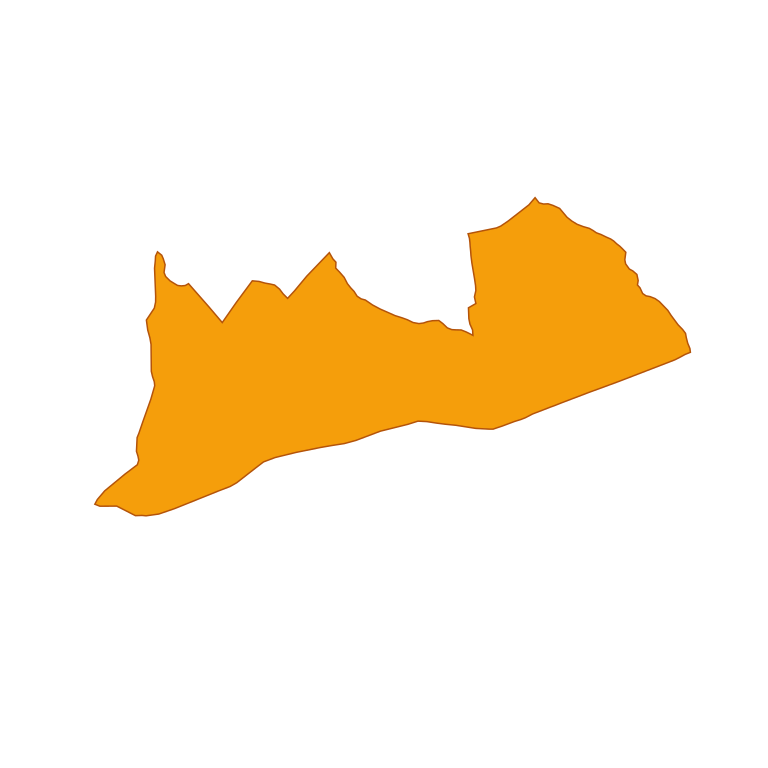 outline of Roysambu, Nairobi, Kenya, rotated 26°
{"feature_id": "3690345B88472168203612", "entity_name": "Roysambu", "entity_type": "district", "adm_level": 2, "iso_a3": "KEN", "parent_name": "Kenya", "parent_adm1": "Nairobi", "projection": "orthographic", "projection_center": [36.883, -1.208], "detail": "fine", "context": "isolated", "style": "filled", "palette": "amber", "viewbox_px": 768, "rotation_deg": 26, "n_neighbors": 0, "source": "geoboundaries", "source_scale": "gbopen_adm2", "svg_char_len": 2486}
<svg xmlns="http://www.w3.org/2000/svg" viewBox="0 0 768 768"><g transform="rotate(26 384 384)"><path d="M438.1,150.3L435.7,159.5L424.1,183.2L419.7,190.9L416.7,194.4L393.7,212.1L396.9,215.6L399.1,219.0L401.1,222.5L403.7,226.7L406.0,230.7L410.0,236.8L419.3,249.8L423.2,255.5L425.6,259.8L427.1,266.1L431.3,271.4L426.5,278.5L431.7,288.2L435.0,292.5L439.9,296.6L442.6,301.3L438.6,301.2L434.8,301.2L429.7,301.6L424.7,303.9L421.1,305.4L416.3,305.8L410.4,303.9L405.4,302.9L399.9,305.8L395.6,309.0L392.7,311.9L388.9,314.4L383.2,316.0L376.8,316.0L371.2,316.6L363.9,317.7L355.2,318.0L347.9,318.3L339.1,318.0L330.4,316.7L326.2,317.5L321.4,316.9L316.5,313.9L312.0,312.2L307.2,309.9L301.4,305.6L295.0,302.9L289.8,301.0L287.4,295.6L283.1,293.9L277.3,289.9L267.3,320.9L262.7,339.7L259.8,349.3L253.8,347.2L248.5,344.5L242.3,343.0L238.0,344.0L232.7,345.5L226.7,346.6L220.4,349.0L215.5,375.4L212.5,394.5L211.7,399.7L193.2,391.6L164.3,379.5L162.2,382.6L158.8,384.7L155.3,385.9L151.5,385.6L146.5,385.1L140.6,383.1L137.4,380.2L135.0,372.8L130.7,368.2L127.8,365.7L122.5,364.5L122.6,369.2L124.5,373.7L127.0,380.5L140.3,405.2L142.8,410.5L144.3,416.5L142.4,430.7L148.0,439.1L153.4,445.2L157.3,450.6L163.9,463.8L169.3,474.6L172.8,478.9L176.5,482.6L178.7,486.1L181.1,499.9L183.8,523.7L185.3,535.8L185.6,540.4L191.0,553.0L194.5,556.7L197.0,560.0L197.7,564.7L190.6,578.7L179.8,602.5L177.0,613.4L176.8,618.8L182.2,618.4L197.3,610.9L218.3,611.3L224.1,608.2L227.9,606.8L238.6,599.6L250.5,587.7L282.0,552.8L290.6,543.6L294.9,537.3L305.4,515.8L309.9,506.8L318.3,497.9L322.0,494.8L335.0,484.0L354.6,469.0L364.3,462.0L374.5,454.9L383.5,447.0L401.4,428.0L423.0,409.9L430.8,402.5L439.0,399.0L448.1,396.2L456.7,393.3L466.7,389.6L485.9,383.7L498.2,378.5L501.9,376.7L505.1,373.5L508.4,370.3L517.8,360.4L522.5,356.0L525.8,352.4L530.7,345.8L543.7,331.8L546.9,328.5L552.1,322.8L571.7,301.9L593.8,278.9L597.9,274.5L634.8,234.8L638.8,229.5L641.7,225.4L645.5,221.2L643.4,218.0L639.1,214.2L635.3,209.7L632.8,206.3L628.5,204.1L622.4,201.9L611.8,196.4L606.8,193.4L595.3,189.2L590.2,188.4L584.9,188.8L580.9,189.9L576.8,189.3L571.9,185.3L568.4,183.9L567.1,179.6L563.3,174.7L558.1,173.3L554.1,173.1L548.5,170.1L546.0,166.8L543.6,159.6L539.5,158.1L535.6,156.8L531.7,156.0L527.8,154.8L524.2,154.3L519.3,154.5L513.5,154.5L508.6,155.0L504.6,154.4L500.3,154.1L494.0,155.2L487.5,155.8L481.3,155.2L475.4,153.9L464.9,149.2L457.6,149.4L452.5,150.1L448.5,152.3L444.0,153.2L438.1,150.3Z" fill="#f59e0b" stroke="#b45309" stroke-width="1.5"/></g></svg>